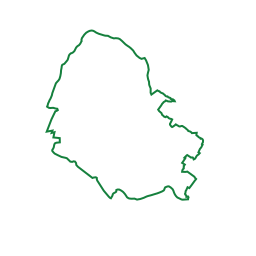 Chbar Mon, Kâmpóng Spœ, Cambodia, rotated 36°
{"feature_id": "14789045B86938515353279", "entity_name": "Chbar Mon", "entity_type": "district", "adm_level": 2, "iso_a3": "KHM", "parent_name": "Cambodia", "parent_adm1": "Kâmpóng Spœ", "projection": "mercator", "projection_center": [104.521, 11.473], "detail": "fine", "context": "isolated", "style": "outline", "palette": "green", "viewbox_px": 256, "rotation_deg": 36, "n_neighbors": 0, "source": "geoboundaries", "source_scale": "gbopen_adm2", "svg_char_len": 4306}
<svg xmlns="http://www.w3.org/2000/svg" viewBox="0 0 256 256"><g transform="rotate(36 128 128)"><path d="M76.8,61.8L71.9,61.1L69.0,60.9L67.4,61.3L65.3,62.5L63.9,63.8L60.8,64.8L57.6,65.2L55.3,66.7L53.8,67.3L52.0,67.9L49.1,68.9L46.3,69.5L43.9,69.6L42.5,69.9L41.3,70.5L40.0,71.8L39.2,73.1L38.2,75.4L37.8,78.2L37.9,82.4L38.6,84.2L39.4,84.9L39.5,86.1L39.8,87.7L39.7,89.7L39.0,91.5L38.8,92.8L38.8,93.7L39.4,97.2L39.1,99.1L38.4,100.6L37.8,101.3L37.5,103.1L37.7,104.3L38.2,105.6L39.1,108.2L39.1,109.4L38.8,113.5L38.1,114.7L37.7,115.6L38.0,116.8L38.9,118.4L39.9,120.6L41.4,123.0L42.7,125.7L43.7,128.5L43.8,130.5L43.6,131.8L43.4,134.2L45.4,141.2L46.3,144.3L47.2,146.3L48.0,149.6L48.2,151.6L48.7,153.7L48.9,155.0L49.6,156.7L50.0,158.3L52.0,158.2L53.3,157.6L54.1,156.9L55.7,155.6L58.0,154.8L59.5,154.0L60.7,154.8L60.3,155.9L59.4,157.2L59.8,159.4L61.0,166.0L64.4,178.7L68.4,174.5L69.1,176.9L71.0,174.6L73.2,179.5L78.7,176.3L81.3,179.7L78.7,182.0L77.9,183.4L78.0,184.3L78.3,185.2L79.3,187.3L79.6,188.8L79.6,190.1L80.1,191.0L81.8,191.5L83.7,191.8L86.9,191.3L91.2,190.5L95.1,188.8L96.3,188.4L101.1,189.1L102.8,188.2L103.5,187.0L104.9,186.3L106.6,186.9L107.9,188.3L110.2,188.8L128.6,189.3L129.3,188.3L130.9,186.8L132.1,186.7L133.0,187.9L134.0,188.6L135.6,189.2L138.4,190.3L145.3,193.0L153.0,194.9L154.7,195.1L155.5,194.9L155.2,192.0L154.6,190.4L154.7,189.3L155.5,187.7L155.9,186.5L155.0,185.0L155.7,183.9L157.0,183.0L157.9,182.8L159.6,182.6L161.5,182.6L162.6,182.8L164.6,183.3L168.0,184.6L169.8,184.5L171.0,184.0L172.5,183.1L174.8,181.3L177.4,180.6L178.6,179.3L179.6,178.3L180.4,177.2L181.8,175.2L183.3,172.5L184.3,171.1L185.8,169.3L186.6,168.3L187.7,166.8L189.3,164.7L190.0,163.8L191.4,161.7L192.8,159.4L193.6,157.6L193.6,156.7L193.1,155.2L193.0,154.1L194.2,152.2L195.3,151.2L197.5,151.0L200.1,151.3L201.5,152.0L203.2,153.2L205.0,154.2L207.0,154.9L208.8,155.2L211.4,154.7L213.2,154.4L214.3,153.9L218.5,150.4L218.0,149.5L217.7,148.5L216.8,148.1L216.2,148.7L215.7,149.4L215.1,148.7L214.2,148.2L213.4,148.2L212.8,147.7L212.7,146.8L212.2,146.1L211.7,145.0L211.7,144.2L211.5,143.3L211.2,141.8L211.0,140.9L212.9,140.6L213.0,136.9L213.0,135.1L213.0,133.8L213.0,131.3L213.1,130.0L213.1,129.2L211.3,128.9L210.4,128.4L209.6,128.4L201.6,128.4L200.8,129.3L200.1,129.9L197.5,131.6L197.1,130.8L196.7,129.8L196.7,128.8L196.9,128.0L196.3,127.4L196.1,126.6L195.4,126.1L195.5,125.3L195.5,124.2L192.3,124.4L192.3,122.5L192.2,121.0L192.2,119.8L192.1,118.7L191.1,118.9L191.2,118.0L191.4,117.0L191.5,116.1L191.8,115.1L193.0,115.0L193.9,115.0L194.8,114.9L196.4,114.9L197.0,114.2L197.8,113.8L198.9,114.3L199.6,114.8L200.1,114.0L200.3,113.1L200.1,111.4L200.0,109.9L200.2,109.0L200.6,108.1L200.8,106.2L199.3,106.3L199.1,105.3L198.9,104.5L198.7,103.6L198.5,102.6L198.6,101.5L198.6,100.4L198.5,99.6L198.2,98.7L198.2,97.7L197.3,97.6L197.1,96.3L197.0,95.5L196.4,94.5L195.9,93.8L194.9,93.3L193.6,93.3L193.0,94.0L192.2,93.6L191.2,93.8L190.4,93.9L189.5,93.6L188.5,93.7L187.5,93.6L186.4,91.5L184.0,93.5L182.7,94.6L181.8,94.3L180.9,94.3L180.1,94.4L179.3,94.7L178.5,95.0L177.7,94.6L176.8,94.5L175.8,94.5L175.0,94.3L173.8,94.3L173.0,94.3L171.9,94.4L170.9,94.4L170.1,94.9L169.1,96.3L168.1,96.7L167.2,96.7L166.2,96.9L165.3,96.9L164.5,97.0L164.2,98.7L163.8,99.6L163.6,100.4L163.1,101.3L162.1,101.3L160.9,100.9L160.0,100.6L159.5,99.9L159.4,98.9L159.2,97.7L159.0,96.4L158.7,95.1L157.5,95.3L156.5,95.8L155.1,96.1L154.3,95.8L153.4,95.8L152.3,96.0L152.1,97.1L151.3,97.4L150.5,97.6L149.6,97.4L148.7,97.3L147.9,97.3L147.0,96.7L146.1,96.2L145.2,96.2L144.3,96.1L143.2,96.0L142.4,95.7L141.6,95.4L141.6,94.5L141.6,93.5L141.6,92.6L141.6,91.8L141.6,90.3L141.5,89.0L141.4,88.2L141.6,87.2L141.6,86.1L142.0,85.2L142.4,84.4L142.3,83.6L143.4,83.2L144.3,83.1L145.3,82.6L146.6,81.8L147.4,81.3L147.7,80.4L148.5,79.9L150.1,78.9L149.2,78.4L148.4,78.5L147.4,78.4L146.6,78.9L145.4,79.4L144.7,78.8L143.5,79.1L142.7,79.5L141.4,79.2L140.7,79.8L139.8,80.0L138.9,79.9L138.1,79.6L137.2,79.7L136.2,79.5L135.2,79.7L134.2,80.0L133.1,80.1L131.9,79.8L131.1,80.2L129.6,80.3L127.3,87.2L125.6,86.2L123.1,82.7L120.5,81.1L119.6,80.4L118.6,79.2L117.8,78.2L116.7,77.5L115.6,76.7L114.4,75.6L112.8,74.0L111.6,71.4L110.6,68.8L107.2,65.4L102.9,62.7L100.3,61.6L98.3,64.1L96.2,64.5L92.3,64.3L89.1,63.3L86.7,62.3L83.3,61.8L81.0,61.7L79.5,61.8L76.8,61.8Z" fill="none" stroke="#15803d" stroke-width="2"/></g></svg>